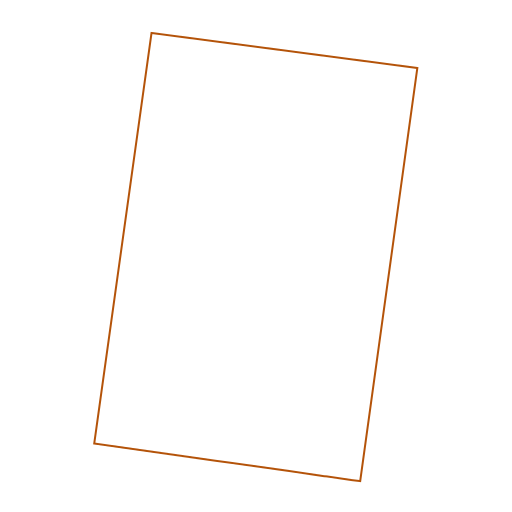 Chase, Nebraska, United States of America (Equal Earth projection), rotated 278°
{"feature_id": "52423323B38748584325831", "entity_name": "Chase", "entity_type": "district", "adm_level": 2, "iso_a3": "USA", "parent_name": "United States of America", "parent_adm1": "Nebraska", "projection": "equal_earth", "projection_center": [-101.923, 40.524], "detail": "fine", "context": "isolated", "style": "outline", "palette": "amber", "viewbox_px": 512, "rotation_deg": 278, "n_neighbors": 0, "source": "geoboundaries", "source_scale": "gbopen_adm2", "svg_char_len": 289}
<svg xmlns="http://www.w3.org/2000/svg" viewBox="0 0 512 512"><g transform="rotate(278 256 256)"><path d="M47.7,320.4L47.4,354.1L47.6,356.7L47.4,382.2L47.6,390.5L464.6,389.6L462.3,121.5L47.8,121.9L47.6,245.0L47.7,258.6L47.7,320.4Z" fill="none" stroke="#b45309" stroke-width="2"/></g></svg>